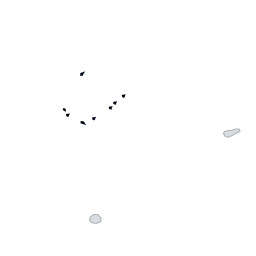 where Alifu Dhaalu sits in Maldives, rotated 52°
{"feature_id": "MDV-5232", "entity_name": "Alifu Dhaalu", "entity_type": "Atoll", "adm_level": 1, "iso_a3": "MDV", "parent_name": "Maldives", "parent_adm1": "", "projection": "orthographic", "projection_center": [72.869, 3.67], "detail": "fine", "context": "in_parent", "style": "outline", "palette": "ink", "viewbox_px": 256, "rotation_deg": 52, "n_neighbors": 0, "source": "natural_earth", "source_scale": "10m", "svg_char_len": 1324}
<svg xmlns="http://www.w3.org/2000/svg" viewBox="0 0 256 256"><g transform="rotate(52 128 128)"><path d="M196.8,55.1L193.8,56.7L191.0,56.1L190.1,54.1L191.5,51.1L193.8,47.3L195.4,43.2L197.7,40.9L199.5,41.7L199.3,44.0L198.5,47.2L197.9,51.3L196.8,55.1ZM180.6,214.7L176.9,215.1L174.7,212.1L175.2,207.9L178.0,204.9L182.5,204.7L185.0,207.4L183.7,211.5L180.6,214.7Z" fill="#d9dde1" stroke="#a8b0b8" stroke-width="1"/><path d="M97.2,159.9L94.4,161.7L95.1,160.4L95.8,159.9L96.5,159.8L97.2,159.9ZM57.0,130.0L57.2,130.6L57.6,131.0L57.8,131.4L57.3,132.1L57.0,131.8L56.5,131.5L56.5,131.1L56.8,130.6L57.0,130.0ZM101.3,128.8L101.5,129.2L101.9,129.5L101.2,130.0L100.7,129.7L100.8,129.5L101.1,129.2L101.3,128.8ZM99.5,148.5L99.7,148.9L100.0,149.0L100.1,149.4L99.5,149.7L98.9,149.4L99.0,149.1L99.3,148.9L99.5,148.5ZM100.0,111.2L100.2,111.6L100.3,111.7L100.5,111.9L100.6,112.1L99.9,112.4L99.4,112.1L99.5,111.9L99.8,111.6L100.0,111.2ZM100.2,122.3L100.4,122.7L100.7,122.9L100.8,123.2L100.1,123.5L100.0,123.4L99.6,123.2L99.7,122.9L100.0,122.7L100.2,122.3ZM80.7,167.0L80.9,167.4L81.2,167.7L81.3,167.9L80.6,168.2L80.1,167.9L80.2,167.7L80.5,167.4L80.7,167.0ZM74.2,165.9L74.2,166.0L74.4,166.2L74.5,166.3L74.9,166.6L75.1,166.8L74.7,167.0L73.8,167.0L73.7,166.8L73.7,166.7L74.1,166.4L74.2,165.9Z" fill="none" stroke="#020617" stroke-width="2"/></g></svg>